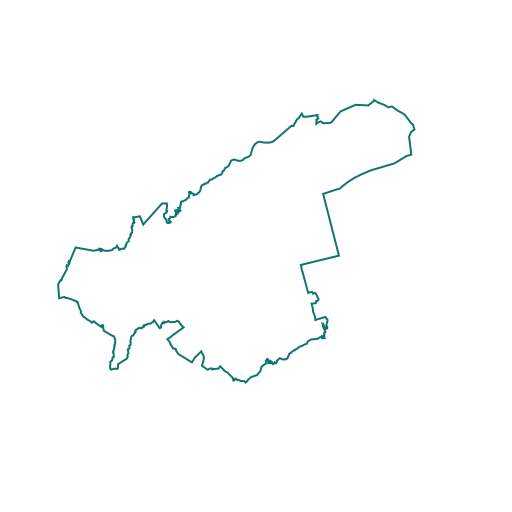 Nicolás Romero, México, Mexico, rotated 156°
{"feature_id": "50627088B48014744788931", "entity_name": "Nicolás Romero", "entity_type": "district", "adm_level": 2, "iso_a3": "MEX", "parent_name": "Mexico", "parent_adm1": "México", "projection": "albers", "projection_center": [-99.37, 19.634], "detail": "fine", "context": "isolated", "style": "outline", "palette": "teal", "viewbox_px": 512, "rotation_deg": 156, "n_neighbors": 0, "source": "geoboundaries", "source_scale": "gbopen_adm2", "svg_char_len": 6147}
<svg xmlns="http://www.w3.org/2000/svg" viewBox="0 0 512 512"><g transform="rotate(156 256 256)"><path d="M352.3,341.4L353.0,339.9L352.6,339.2L353.1,339.0L353.0,337.8L353.7,337.2L353.4,336.0L353.6,335.8L354.9,336.3L355.8,335.2L356.0,334.4L356.8,334.0L356.7,333.4L357.3,332.9L358.0,333.0L358.3,330.5L359.7,327.6L361.0,327.5L361.6,326.2L362.2,326.3L362.2,325.8L363.3,324.4L365.3,323.5L365.9,321.9L366.6,321.2L368.4,320.7L369.8,319.8L370.3,318.5L371.3,318.2L371.6,317.3L373.1,316.7L373.5,316.2L374.2,316.7L376.4,317.4L377.7,317.1L378.5,317.3L378.2,318.7L378.8,319.9L378.9,321.8L380.5,320.6L383.1,320.8L384.7,320.1L386.9,320.3L389.1,320.9L391.8,322.2L394.1,324.3L394.1,325.1L395.4,326.0L395.4,324.7L395.1,323.5L395.7,323.5L396.2,324.1L396.3,325.8L396.5,326.1L397.1,326.2L397.4,325.8L402.1,326.8L417.3,337.1L428.4,326.8L428.9,327.5L430.2,326.3L429.3,325.4L431.5,323.5L432.5,324.5L433.5,323.4L433.6,321.8L434.8,320.3L441.5,315.2L442.5,314.1L443.9,313.0L444.3,313.5L444.6,313.3L448.3,310.6L453.0,297.5L447.5,296.5L447.0,295.1L445.4,294.3L444.0,293.1L440.8,290.2L440.3,289.3L438.9,288.4L438.6,287.0L438.1,287.0L437.7,286.7L438.5,280.5L438.3,276.8L439.1,275.7L439.1,275.1L438.3,270.4L437.6,269.9L436.5,267.4L433.5,263.2L433.1,261.8L430.7,262.3L429.2,259.1L426.1,254.2L425.6,255.3L424.6,255.3L423.9,254.9L425.5,249.8L420.3,242.3L418.4,240.4L418.8,236.2L420.4,233.2L421.9,231.8L421.7,231.5L422.1,230.6L423.3,229.5L423.3,228.9L424.5,227.9L424.6,227.3L425.6,226.7L425.9,226.2L425.6,224.9L427.1,221.5L428.1,221.7L429.9,219.2L431.2,219.0L432.3,218.3L433.0,216.5L434.0,215.1L435.0,212.3L434.7,211.2L430.3,210.4L428.7,209.2L427.6,209.8L425.9,213.3L415.7,214.8L414.3,215.9L413.9,217.6L413.0,218.5L412.1,219.0L411.1,222.9L409.3,223.0L408.2,225.7L407.0,225.7L405.7,227.7L405.4,229.4L402.3,233.4L401.5,233.6L400.5,233.3L398.4,234.9L397.5,235.1L397.6,235.8L396.5,236.1L396.2,237.3L393.3,237.6L392.8,238.0L391.7,237.4L390.4,237.3L389.8,236.4L388.6,237.1L387.0,237.0L387.0,237.4L386.6,237.6L386.8,238.2L386.4,238.4L384.4,237.7L382.6,238.1L380.4,237.3L379.1,237.2L378.4,237.6L377.3,237.5L375.2,238.8L373.3,229.2L371.7,229.3L371.0,231.2L368.4,233.1L367.5,232.2L366.6,233.3L365.3,232.0L362.3,232.2L361.6,230.6L357.3,228.9L356.1,228.6L354.7,229.0L353.3,227.8L352.9,224.9L351.2,220.2L364.8,217.4L366.2,216.8L370.8,216.1L369.9,213.0L369.8,211.0L370.1,210.3L369.2,204.8L367.3,204.0L367.1,203.3L367.5,201.8L366.8,198.0L357.8,184.9L353.2,188.1L344.8,191.1L344.5,185.7L345.8,182.8L349.9,177.8L348.6,175.3L346.6,171.9L346.1,171.7L344.6,172.0L343.0,171.6L341.6,170.8L341.8,170.1L341.0,170.2L339.8,169.4L338.8,169.4L336.2,168.4L333.6,169.8L331.5,164.1L330.7,162.6L329.6,161.5L326.7,153.8L327.3,151.4L326.5,151.2L325.5,151.9L325.3,152.4L324.5,152.3L323.5,150.2L322.6,150.2L320.6,147.8L317.8,146.7L317.2,145.6L317.0,144.6L315.5,145.0L313.5,146.2L309.9,147.3L306.1,147.1L303.7,146.7L298.6,149.2L296.3,152.3L293.8,153.3L291.0,153.5L290.8,154.2L289.0,155.9L289.4,156.4L287.6,157.4L287.1,156.7L287.5,156.5L287.1,155.0L288.4,153.2L286.4,152.2L286.9,153.8L285.7,153.8L285.4,154.2L284.5,152.6L284.5,150.3L282.8,150.5L282.1,151.3L281.3,149.9L280.2,150.5L279.5,151.8L276.0,153.0L275.0,152.3L274.1,150.8L272.4,150.3L271.4,149.5L270.5,149.9L269.0,149.6L267.1,151.6L266.1,152.1L265.7,153.0L264.7,153.3L263.7,153.2L262.8,153.7L259.6,154.4L259.0,154.0L258.0,154.6L256.5,154.5L253.2,155.5L251.1,155.2L246.0,155.4L245.3,155.2L243.4,156.8L239.9,157.4L233.0,155.2L231.0,155.7L229.3,155.5L229.1,153.9L227.0,153.2L227.5,154.5L227.7,155.5L226.9,154.9L226.0,155.2L226.0,156.1L225.5,156.4L225.0,158.0L224.4,157.9L223.4,158.6L223.8,159.1L223.4,160.3L223.0,160.5L223.5,162.5L223.1,163.0L223.5,164.0L222.7,166.0L222.7,167.1L222.3,166.7L222.2,163.5L221.3,161.1L220.5,160.8L220.3,160.9L219.8,162.4L220.1,162.9L219.4,165.0L217.3,167.3L216.8,168.1L216.6,169.2L217.0,169.7L217.4,172.1L227.8,173.4L226.9,176.4L226.3,183.0L225.8,183.2L224.6,189.9L221.0,188.6L219.9,189.3L219.7,190.3L219.1,190.3L218.9,189.9L216.8,190.4L216.5,191.1L216.6,197.6L217.1,198.3L219.2,198.4L219.2,200.1L221.4,201.0L223.3,201.0L219.5,225.8L218.6,229.6L180.1,222.6L169.4,285.4L155.1,284.0L152.2,283.4L148.1,284.7L141.1,286.4L133.7,287.4L126.0,287.7L115.8,287.5L92.0,284.3L77.9,286.1L72.9,285.4L67.7,302.6L64.1,306.2L59.8,307.1L59.3,311.7L59.0,311.9L60.3,314.4L62.5,323.8L63.7,326.4L67.1,330.7L71.0,337.3L74.6,338.0L77.3,341.8L82.1,346.6L84.6,350.2L84.7,349.9L92.3,347.9L103.5,353.6L119.9,353.7L132.7,347.5L135.0,347.7L140.2,349.8L140.9,350.3L141.8,352.4L142.4,352.7L144.7,352.8L147.1,352.2L145.4,355.9L144.7,355.6L144.2,356.1L143.3,356.2L143.5,357.0L143.1,357.4L143.3,357.8L143.1,358.1L143.4,359.1L142.6,359.8L151.4,362.1L156.0,363.8L156.3,367.4L160.7,364.7L162.1,364.4L164.4,363.3L165.4,362.1L167.4,361.0L168.8,359.5L170.7,360.5L192.4,353.9L195.4,353.6L198.3,354.4L202.3,356.2L206.5,359.0L208.3,359.3L211.5,358.6L213.8,357.0L215.4,355.8L219.6,350.6L221.9,349.7L226.7,349.9L228.8,349.1L230.6,349.0L233.2,350.0L236.8,353.1L239.9,353.3L244.1,349.6L245.6,349.1L248.6,348.9L249.3,348.1L251.1,346.9L251.5,347.1L252.8,346.3L253.0,345.7L255.1,344.5L257.5,345.1L258.8,344.6L259.3,345.0L261.0,344.3L262.8,344.3L265.4,343.8L267.0,344.5L269.9,342.6L270.4,342.9L272.4,342.5L273.6,342.9L273.9,342.5L276.3,342.7L278.2,341.5L279.6,339.2L282.0,337.2L283.1,337.3L284.5,336.5L288.2,337.0L287.7,338.0L287.8,338.3L289.5,339.7L289.5,340.8L289.8,341.1L291.0,341.8L291.5,341.3L291.3,340.1L291.5,339.3L292.6,338.4L293.7,336.7L295.8,336.6L297.3,335.7L299.2,335.9L300.6,335.6L302.0,336.2L302.7,335.8L303.1,335.2L303.5,333.6L304.3,333.3L305.6,331.0L307.3,331.5L306.9,329.9L308.0,330.0L306.8,328.1L307.9,327.9L310.2,330.1L311.1,330.6L311.4,330.4L311.6,327.8L310.4,328.1L309.8,326.9L312.0,326.2L312.0,327.1L313.1,325.9L312.7,325.6L313.4,325.0L316.2,325.4L318.2,326.6L318.9,325.6L320.4,325.4L321.0,323.3L320.3,322.6L320.0,321.9L320.7,321.4L322.4,321.6L323.4,322.9L323.7,322.7L323.9,323.1L323.8,324.0L322.9,325.2L324.0,327.8L323.9,329.6L323.4,331.1L322.8,331.9L320.9,331.8L319.8,332.4L318.9,333.4L319.5,333.9L318.4,335.4L316.3,339.1L316.8,340.1L316.4,340.4L320.5,342.2L346.2,330.6L345.9,339.5L351.9,340.9L352.3,341.4Z" fill="none" stroke="#0f766e" stroke-width="2"/></g></svg>